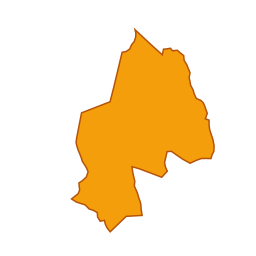 Meruoca, Ceará, Brazil, rotated 243°
{"feature_id": "56859067B26232232451601", "entity_name": "Meruoca", "entity_type": "district", "adm_level": 2, "iso_a3": "BRA", "parent_name": "Brazil", "parent_adm1": "Ceará", "projection": "mercator", "projection_center": [-40.459, -3.57], "detail": "fine", "context": "isolated", "style": "filled", "palette": "amber", "viewbox_px": 256, "rotation_deg": 243, "n_neighbors": 0, "source": "geoboundaries", "source_scale": "gbopen_adm2", "svg_char_len": 1325}
<svg xmlns="http://www.w3.org/2000/svg" viewBox="0 0 256 256"><g transform="rotate(243 128 128)"><path d="M73.0,196.6L79.0,198.4L85.6,199.4L89.4,200.0L93.7,201.5L98.2,203.8L101.1,201.1L105.1,205.3L109.0,205.8L112.5,206.3L116.1,206.5L119.2,205.6L123.3,202.3L128.7,202.5L132.3,203.3L137.5,203.2L141.5,204.4L145.0,205.3L149.2,208.4L153.5,208.7L157.6,209.1L162.7,208.7L167.3,210.5L170.7,208.9L174.9,207.2L176.6,202.7L179.8,202.0L180.9,198.4L182.1,195.4L177.6,191.8L191.9,186.3L212.4,178.9L209.0,178.1L205.5,176.1L202.2,172.8L200.7,169.2L197.6,165.3L197.0,161.2L198.1,157.1L171.2,134.2L159.5,123.9L160.2,117.3L161.3,106.4L162.6,93.5L142.5,77.8L138.8,75.2L135.8,74.4L131.4,73.6L127.3,73.3L123.3,72.9L119.0,72.2L111.9,72.9L107.2,72.6L103.3,68.8L101.8,63.5L101.3,59.3L94.6,56.7L92.1,53.7L90.4,45.5L85.6,48.3L82.0,51.8L79.0,54.9L73.5,56.6L70.3,59.8L66.6,62.2L62.5,60.5L57.6,60.9L56.4,65.0L52.4,64.1L47.9,64.1L43.6,65.0L50.1,86.3L43.7,100.9L49.3,102.7L54.3,104.8L57.5,105.5L60.8,105.9L66.2,106.9L69.8,107.1L73.4,107.3L77.5,109.9L82.9,111.2L86.7,112.2L91.7,114.0L86.5,119.6L68.8,135.7L71.7,143.4L76.5,143.7L80.6,144.9L83.7,147.5L89.2,152.1L87.5,156.1L83.5,158.2L80.1,160.0L75.5,162.5L68.4,167.3L68.2,173.9L67.5,179.5L65.3,184.0L63.1,188.0L66.0,190.8L68.2,193.9L73.0,196.6Z" fill="#f59e0b" stroke="#b45309" stroke-width="1.5"/></g></svg>